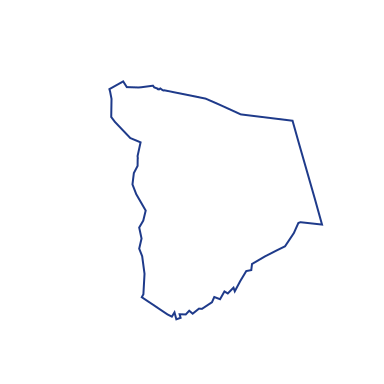 Lancaster, Pennsylvania, United States of America, rotated 34°
{"feature_id": "52423323B87468686530691", "entity_name": "Lancaster", "entity_type": "district", "adm_level": 2, "iso_a3": "USA", "parent_name": "United States of America", "parent_adm1": "Pennsylvania", "projection": "mercator", "projection_center": [-76.288, 40.019], "detail": "fine", "context": "isolated", "style": "outline", "palette": "blue", "viewbox_px": 384, "rotation_deg": 34, "n_neighbors": 0, "source": "geoboundaries", "source_scale": "gbopen_adm2", "svg_char_len": 1042}
<svg xmlns="http://www.w3.org/2000/svg" viewBox="0 0 384 384"><g transform="rotate(34 192 192)"><path d="M112.1,123.2L111.9,123.6L110.7,124.0L107.8,123.9L107.3,125.4L106.1,125.9L105.7,125.5L102.2,126.4L100.2,125.7L91.4,133.5L89.3,135.2L79.3,141.5L73.1,138.8L66.0,152.9L67.9,154.5L73.2,159.8L83.1,175.0L88.9,177.0L110.7,181.8L121.6,179.6L126.8,192.7L128.2,194.3L128.3,194.7L132.3,200.8L133.2,208.8L138.4,219.0L147.0,225.0L164.0,233.3L167.6,243.0L168.1,251.0L176.2,258.8L179.9,268.5L186.6,273.1L198.4,286.4L208.9,304.0L209.2,307.3L211.0,307.3L240.1,307.2L245.0,306.6L244.8,301.6L250.2,306.3L252.9,302.7L250.1,300.3L255.3,297.0L256.1,292.0L260.6,292.5L263.0,284.8L265.6,283.3L270.2,272.2L269.2,266.6L275.2,265.2L274.5,256.3L278.4,256.1L279.9,248.1L283.0,250.4L281.8,238.7L281.2,227.2L284.8,223.6L282.0,218.1L288.6,204.4L294.8,193.2L299.5,185.0L299.4,169.0L297.5,158.2L298.8,156.4L318.0,146.3L297.7,129.0L267.3,103.5L253.1,91.6L235.5,76.7L189.0,100.4L165.6,104.3L151.0,107.0L112.1,123.2Z" fill="none" stroke="#1e3a8a" stroke-width="2"/></g></svg>